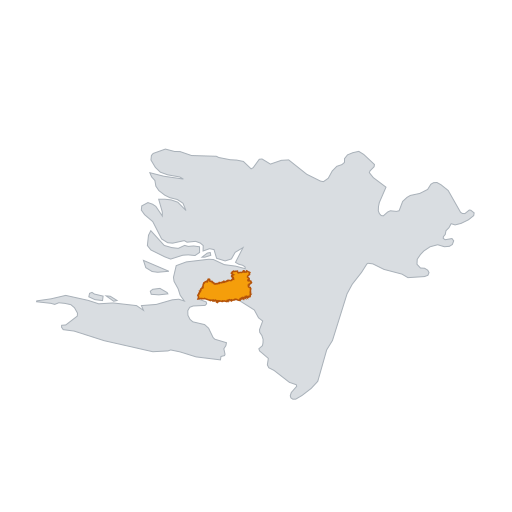 Comilla, Chittagong, Bangladesh (highlighted), rotated 109°
{"feature_id": "16705992B59490572634285", "entity_name": "Comilla", "entity_type": "district", "adm_level": 2, "iso_a3": "BGD", "parent_name": "Bangladesh", "parent_adm1": "Chittagong", "projection": "robinson", "projection_center": [90.953, 23.422], "detail": "fine", "context": "in_parent", "style": "filled", "palette": "amber", "viewbox_px": 512, "rotation_deg": 109, "n_neighbors": 0, "source": "geoboundaries", "source_scale": "gbopen_adm2", "svg_char_len": 9207}
<svg xmlns="http://www.w3.org/2000/svg" viewBox="0 0 512 512"><g transform="rotate(109 256 256)"><path d="M182.0,361.8L182.0,349.7L174.6,325.9L175.0,323.3L173.4,311.8L171.6,305.5L170.7,298.7L175.2,289.0L173.4,287.4L163.5,284.4L162.3,281.9L164.4,272.3L157.3,263.2L154.5,256.4L162.2,234.6L164.2,219.3L163.7,216.4L159.0,213.0L150.8,211.6L144.9,208.8L141.6,204.5L138.7,202.8L135.1,204.0L130.6,202.4L126.8,198.1L123.6,192.9L124.9,187.2L130.9,173.8L133.2,173.4L138.4,175.9L140.3,176.0L143.7,170.6L148.6,155.5L165.3,156.8L169.3,156.3L173.4,155.1L175.7,153.2L177.0,150.8L176.6,148.7L171.5,145.8L169.5,143.7L168.1,137.7L166.6,135.4L156.6,135.1L151.4,132.3L148.5,129.8L143.5,121.5L137.2,115.4L131.2,114.0L128.9,112.0L127.6,108.9L128.4,104.3L131.5,95.6L148.1,76.8L148.6,74.7L147.9,72.3L143.1,69.3L142.8,67.8L144.2,63.8L146.9,63.3L152.6,66.9L158.4,72.7L161.8,77.9L161.9,82.0L166.5,82.8L170.2,84.6L174.1,84.1L176.7,85.1L178.4,84.7L179.0,82.4L175.7,76.4L177.3,74.0L181.2,74.1L183.9,76.3L185.9,80.9L186.2,87.9L190.6,94.4L196.5,98.9L201.1,101.0L206.6,102.5L211.4,101.1L213.8,96.6L212.7,92.6L213.5,89.0L215.4,87.0L218.3,87.2L220.6,90.0L227.0,105.3L225.6,112.1L227.0,130.7L225.4,143.0L226.4,147.7L227.5,148.6L237.2,150.9L251.3,155.8L262.1,157.6L311.0,156.2L321.7,158.6L354.4,156.8L363.2,160.7L372.9,167.1L378.4,171.8L379.4,174.5L378.8,176.8L377.0,178.1L373.6,178.2L366.0,175.1L364.6,176.0L364.6,183.3L358.3,201.8L357.5,207.5L355.3,209.8L348.8,211.0L344.6,221.7L342.8,223.1L338.6,220.7L335.9,221.1L332.6,222.1L329.3,224.5L327.0,227.6L324.5,228.7L315.3,228.5L313.6,233.5L307.6,240.0L303.5,257.4L303.8,262.7L308.8,276.5L312.4,294.4L313.7,296.3L315.5,296.4L315.6,288.2L317.2,287.1L319.3,288.1L323.7,299.1L326.1,302.0L329.9,302.7L334.2,301.1L337.4,297.8L338.8,294.3L337.6,282.2L339.7,277.3L347.1,270.0L348.1,267.8L347.6,255.7L350.5,255.3L354.2,256.2L359.0,253.3L360.4,253.3L362.4,256.4L365.8,255.8L370.9,279.8L371.4,296.7L372.6,306.1L374.4,308.3L380.1,322.4L385.5,372.0L386.2,403.6L388.4,414.3L386.6,416.7L384.8,417.2L383.1,413.4L371.0,405.4L368.1,406.2L364.0,410.8L362.3,415.2L363.0,421.2L364.4,427.2L367.3,430.6L367.5,434.4L370.7,448.6L369.8,448.7L363.2,435.8L355.2,423.1L352.6,400.3L352.4,389.1L346.9,375.8L341.8,352.8L344.0,344.7L340.2,348.2L334.2,334.4L324.7,320.9L322.0,314.9L321.9,309.1L317.8,314.9L312.3,319.0L306.7,325.2L303.0,327.1L291.1,328.3L284.3,320.0L274.5,299.7L273.2,295.1L274.5,283.2L272.2,271.9L271.5,262.0L269.8,262.9L269.1,265.6L269.4,269.8L268.7,273.3L252.3,271.0L259.3,276.9L266.8,278.3L270.7,283.6L271.0,292.5L263.6,297.8L264.2,302.3L268.5,307.7L263.3,309.3L261.9,312.8L261.8,317.9L265.4,325.7L264.8,328.8L271.0,339.0L272.2,343.9L270.6,350.8L257.1,364.8L253.2,374.8L249.9,379.4L245.8,380.3L240.7,375.6L240.7,370.7L241.7,366.9L248.7,357.6L244.9,358.9L234.0,366.5L231.9,360.3L230.6,354.5L230.6,347.5L235.8,337.0L229.9,342.2L228.2,348.8L228.9,356.5L228.2,362.0L225.8,369.1L222.6,373.4L217.5,376.2L215.2,380.4L211.8,383.5L210.6,369.1L206.9,349.7L206.1,353.9L208.0,365.9L207.9,373.8L205.0,380.0L199.4,386.6L195.0,387.6L192.5,386.6L184.4,376.5L183.7,367.1L182.0,361.8ZM281.5,362.1L271.4,364.4L266.3,363.7L275.9,346.2L275.5,338.4L274.1,332.0L269.2,326.9L269.0,323.2L266.8,318.2L265.7,312.4L271.0,310.5L275.4,313.8L277.0,320.5L279.1,325.5L286.7,335.7L286.5,342.0L284.5,357.4L281.5,362.1ZM302.9,356.4L296.8,361.0L298.8,333.4L303.4,343.7L304.5,349.2L302.9,356.4ZM326.3,342.6L323.7,344.5L321.1,342.8L317.9,336.3L319.5,328.1L320.5,327.0L324.4,335.3L326.3,342.6ZM349.0,400.8L345.5,401.2L343.8,399.2L344.6,396.4L343.7,387.5L348.1,386.6L349.7,394.1L349.0,400.8ZM345.1,375.8L342.5,384.7L341.5,380.7L343.3,372.9L345.1,375.8ZM273.7,303.9L274.7,306.7L269.1,303.0L267.6,300.4L270.1,299.0L273.7,303.9Z" fill="#d9dde1" stroke="#a8b0b8" stroke-width="1"/><path d="M279.4,255.2L278.9,256.9L278.8,257.1L278.3,257.3L277.5,257.2L276.9,257.0L275.7,256.1L275.4,256.1L275.2,256.2L275.0,256.5L274.6,256.6L273.6,256.4L273.5,256.8L273.5,258.1L273.0,260.0L273.6,260.2L274.3,260.0L275.1,261.9L275.1,262.1L274.3,262.0L274.0,262.1L273.9,262.4L274.0,263.0L274.3,263.2L275.3,263.3L276.3,264.2L276.4,265.0L277.1,266.4L277.6,267.0L277.7,267.4L277.4,267.9L276.3,268.6L276.6,269.1L276.9,270.1L277.6,271.1L277.6,272.4L277.9,272.5L278.2,272.8L278.7,273.0L278.7,273.3L279.0,273.7L278.9,273.1L279.1,272.9L279.9,273.2L280.0,273.7L280.3,273.7L280.3,273.3L280.5,273.2L280.5,272.9L280.8,272.8L281.0,272.3L281.1,271.4L281.3,271.7L281.5,271.7L281.4,271.9L281.6,271.8L281.8,271.9L281.7,272.0L281.8,272.1L282.3,272.1L282.4,272.3L282.1,272.3L282.4,272.5L282.7,272.0L282.8,271.6L283.0,271.5L283.4,271.9L283.5,271.6L283.8,271.5L283.8,271.4L283.8,271.1L283.8,270.5L284.1,270.4L284.7,270.5L284.6,270.0L285.1,270.0L285.0,269.8L285.2,269.7L285.2,269.9L285.5,270.0L285.8,270.4L285.7,270.8L286.0,270.8L286.4,271.2L286.8,271.1L287.0,271.2L287.3,271.5L287.5,271.7L287.5,272.2L288.0,274.2L288.4,274.2L288.4,275.0L288.6,275.1L289.0,275.0L289.1,275.4L289.2,275.6L289.6,275.5L289.8,275.7L290.2,276.3L290.3,276.9L290.5,277.0L290.2,277.2L290.4,277.7L290.4,278.3L291.0,278.3L291.1,278.6L291.3,278.5L291.5,278.2L291.9,278.8L291.7,279.2L291.9,279.3L292.1,279.9L292.5,279.9L292.7,280.1L292.8,280.6L292.8,281.4L293.2,281.6L293.1,282.2L293.4,282.3L293.5,282.1L293.9,281.9L294.0,282.3L294.2,282.6L294.3,283.0L294.5,283.5L294.8,283.4L294.9,283.8L295.0,283.9L294.9,284.2L295.1,284.4L295.1,284.8L295.6,284.9L295.7,285.2L295.6,285.3L295.6,285.7L296.0,286.1L295.8,286.8L295.5,287.1L295.1,287.2L295.2,287.5L295.1,288.3L295.2,288.2L295.3,288.4L294.7,288.6L294.7,288.8L294.9,288.9L294.3,289.3L294.3,289.5L294.6,289.7L294.5,290.0L294.6,290.4L294.6,290.6L294.6,291.1L294.8,291.0L294.8,291.5L294.8,291.8L294.1,292.0L293.6,292.0L293.2,292.2L293.1,292.5L293.4,292.9L293.4,293.5L294.1,293.4L294.4,293.8L295.0,293.7L295.1,293.8L295.4,293.8L295.4,294.0L295.6,294.3L295.8,294.3L295.9,293.9L296.3,293.7L296.7,295.4L296.9,295.4L297.2,295.8L297.8,296.0L298.0,296.2L298.3,296.1L298.9,296.3L298.8,296.6L300.6,296.6L300.8,296.4L301.4,296.4L301.5,296.3L302.0,296.3L302.3,296.4L302.3,296.1L302.9,295.9L303.0,296.0L303.1,295.8L303.5,295.8L303.7,296.0L303.9,296.4L303.9,296.7L304.0,296.8L304.2,296.7L304.5,296.9L304.8,297.3L305.2,297.4L305.4,297.3L305.7,297.4L305.8,297.2L306.0,297.2L306.6,296.9L306.7,297.0L306.8,297.4L307.0,297.4L307.1,297.5L307.1,297.1L307.3,297.1L307.8,297.0L307.8,297.5L309.5,297.8L309.8,297.7L309.9,297.8L310.0,297.7L310.2,297.4L310.4,297.5L310.7,297.7L310.8,297.9L311.1,297.9L311.4,298.1L311.6,298.2L312.0,298.1L312.4,298.1L312.4,297.6L313.1,297.2L313.3,297.0L314.0,296.8L314.3,296.9L315.5,296.9L314.2,294.6L314.2,293.5L313.9,293.5L313.9,292.8L313.6,292.6L313.4,291.2L312.8,290.8L312.9,290.1L312.9,285.6L312.6,285.4L312.6,285.0L313.0,284.9L313.0,284.6L312.5,284.5L312.1,283.0L312.4,282.8L312.5,282.6L311.6,282.3L311.5,281.9L311.9,281.4L312.4,281.6L312.3,281.0L312.0,280.5L311.3,280.5L310.9,280.2L311.3,278.7L311.8,278.5L312.1,278.6L312.1,277.9L312.5,277.9L312.6,277.4L312.3,277.3L311.6,277.9L311.0,278.0L311.2,277.3L310.7,277.2L310.6,276.6L311.1,276.6L311.2,276.4L311.0,276.2L310.8,276.4L310.6,276.3L310.3,276.3L310.1,273.7L309.4,273.1L309.8,272.7L309.0,271.9L309.0,271.6L308.7,271.1L308.8,270.9L308.8,270.6L308.7,270.4L308.7,269.3L308.6,268.7L307.8,268.8L307.9,268.4L307.7,268.3L307.8,267.9L307.1,268.2L306.8,268.1L307.1,267.1L306.2,267.2L305.8,266.7L306.2,265.2L306.5,265.0L306.5,264.7L306.3,264.8L306.3,265.0L306.2,265.0L305.9,264.7L305.7,264.9L305.4,264.9L305.5,263.9L305.0,263.2L305.0,262.9L304.3,262.4L304.5,261.9L304.4,261.8L303.9,261.9L303.6,261.7L303.7,261.3L303.4,260.6L303.5,260.5L303.3,259.9L303.4,259.5L303.5,259.3L303.4,258.6L303.5,257.8L303.2,256.8L303.0,256.6L302.8,256.8L302.4,256.8L302.5,257.0L302.4,257.1L302.2,257.0L301.9,257.1L301.8,256.9L301.6,256.9L301.7,256.7L301.2,256.4L301.4,256.4L301.6,256.0L301.5,255.9L301.3,256.1L301.2,255.9L301.2,255.6L301.1,255.9L301.1,255.4L301.1,255.1L301.0,254.9L301.0,255.0L300.9,254.9L300.9,255.2L300.8,255.3L300.6,255.1L300.3,255.0L300.6,254.8L300.6,254.5L300.2,254.5L300.2,254.4L300.4,254.4L300.5,254.3L300.3,254.1L300.1,254.3L299.9,254.3L300.1,254.0L300.4,254.0L300.6,253.7L299.8,253.8L299.9,253.6L299.3,253.7L299.1,253.3L298.8,253.2L299.1,253.1L299.2,252.7L299.0,252.9L298.9,252.7L298.8,252.8L298.8,253.1L298.5,252.8L298.8,252.3L298.6,252.5L298.4,252.5L298.1,252.6L298.3,252.4L298.4,252.1L298.2,252.1L298.0,252.3L298.0,252.1L298.1,251.7L297.8,251.9L297.6,251.7L298.0,250.9L297.5,251.2L297.7,250.6L297.4,250.6L297.2,250.9L297.4,250.3L297.4,250.2L296.9,250.6L296.7,250.2L297.0,250.3L297.1,250.0L296.9,249.5L296.7,249.8L296.6,249.7L296.4,249.3L296.6,249.2L296.3,248.4L295.9,248.4L294.4,248.9L294.3,248.5L294.0,248.4L294.2,248.9L292.6,249.3L292.4,249.2L291.9,249.4L291.9,249.8L291.4,249.8L291.2,249.7L289.3,250.4L289.2,250.2L288.6,250.3L288.4,250.8L288.1,250.8L287.6,251.2L287.8,252.3L287.6,252.8L287.6,253.0L286.8,253.5L286.7,253.2L286.0,253.2L285.6,252.9L284.9,253.1L284.9,253.3L284.4,252.8L284.3,252.5L283.7,252.5L283.4,252.3L283.3,251.8L282.7,251.6L282.6,251.9L282.4,251.9L282.1,252.3L281.6,252.5L281.7,252.9L281.3,253.8L281.4,254.3L281.7,254.5L282.0,255.0L282.0,255.4L281.8,255.7L281.4,255.9L281.0,255.7L280.9,255.5L280.8,255.0L280.6,254.8L280.2,255.1L279.4,255.2Z" fill="#f59e0b" stroke="#b45309" stroke-width="1.5"/></g></svg>